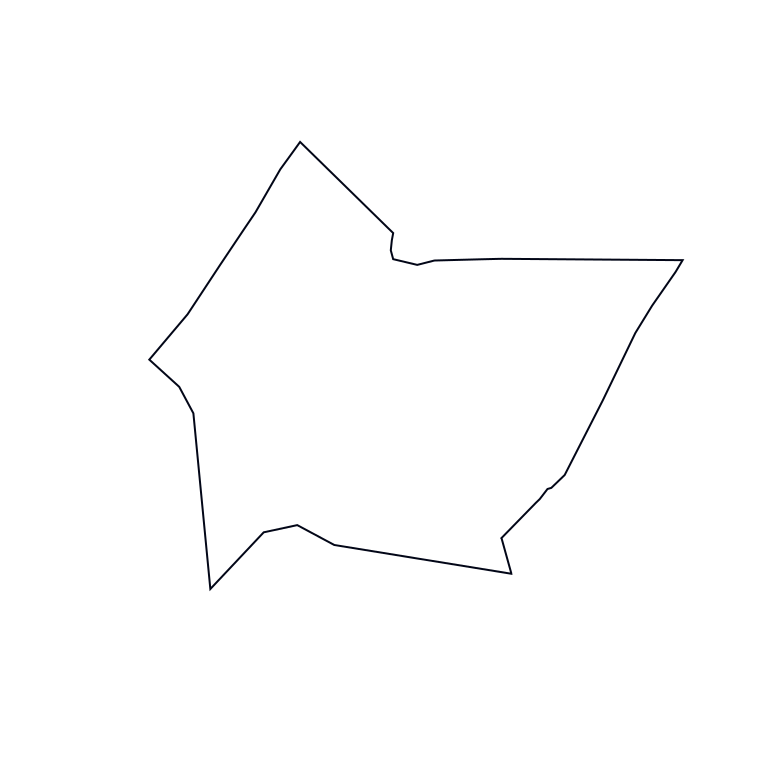 Moughataa d'Enneama, Hodh ech Chargui, Mauritania (Robinson projection), rotated 213°
{"feature_id": "47542326B75019227159374", "entity_name": "Moughataa d'Enneama", "entity_type": "district", "adm_level": 2, "iso_a3": "MRT", "parent_name": "Mauritania", "parent_adm1": "Hodh ech Chargui", "projection": "robinson", "projection_center": [-7.374, 16.407], "detail": "fine", "context": "isolated", "style": "outline", "palette": "ink", "viewbox_px": 768, "rotation_deg": 213, "n_neighbors": 0, "source": "geoboundaries", "source_scale": "gbopen_adm2", "svg_char_len": 646}
<svg xmlns="http://www.w3.org/2000/svg" viewBox="0 0 768 768"><g transform="rotate(213 384 384)"><path d="M586.2,541.3L586.8,528.7L587.9,507.6L585.3,458.0L585.7,437.3L586.3,394.5L586.7,335.5L594.1,276.6L554.2,270.1L527.9,255.6L418.0,117.5L404.1,194.1L379.9,218.4L338.0,221.9L260.8,255.9L173.9,294.2L174.4,294.8L201.0,318.3L201.6,318.6L191.9,367.1L190.7,372.3L189.7,385.0L187.1,388.0L182.9,406.1L191.6,489.5L201.0,563.7L201.8,595.8L200.5,636.7L201.0,650.5L353.6,553.0L356.7,550.9L370.3,541.6L409.0,515.0L421.0,502.0L444.3,493.7L451.1,499.8L455.7,508.8L458.5,515.6L466.6,517.2L586.2,541.3Z" fill="none" stroke="#020617" stroke-width="2"/></g></svg>